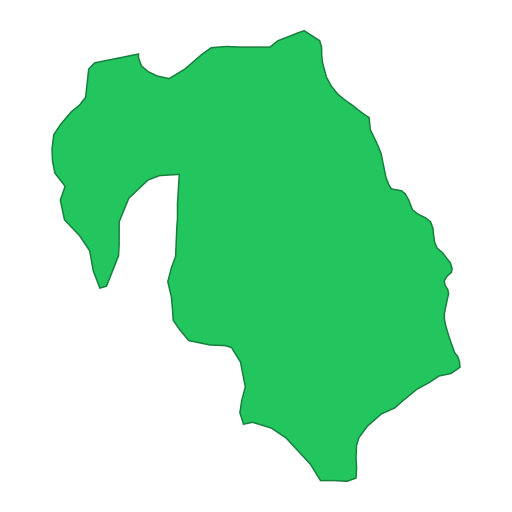 Samcheok-si, Gangwon, South Korea (Equal Earth projection)
{"feature_id": "91817680B11339106619066", "entity_name": "Samcheok-si", "entity_type": "district", "adm_level": 2, "iso_a3": "KOR", "parent_name": "South Korea", "parent_adm1": "Gangwon", "projection": "equal_earth", "projection_center": [129.14, 37.249], "detail": "fine", "context": "isolated", "style": "filled", "palette": "green", "viewbox_px": 512, "rotation_deg": 0, "n_neighbors": 0, "source": "geoboundaries", "source_scale": "gbopen_adm2", "svg_char_len": 1707}
<svg xmlns="http://www.w3.org/2000/svg" viewBox="0 0 512 512"><path d="M138.5,54.0L94.7,62.8L88.7,69.1L85.6,97.4L79.6,105.0L71.2,111.9L61.0,123.9L53.8,134.6L52.0,149.1L52.5,161.1L54.9,173.1L65.1,186.3L60.3,200.2L64.5,219.8L79.5,235.6L89.7,250.8L93.3,271.0L99.9,288.1L106.5,286.2L111.3,274.1L118.5,255.8L119.1,245.7L119.2,221.7L128.8,198.3L148.0,180.0L159.5,175.6L179.3,174.4L177.5,203.4L177.5,218.5L176.9,225.5L175.6,256.4L171.4,267.8L167.8,281.7L171.4,296.9L172.6,310.8L173.2,320.3L179.8,329.8L188.8,340.6L209.9,345.0L224.9,345.6L231.5,347.5L240.5,362.1L245.3,386.8L241.7,400.7L239.9,412.8L243.4,423.8L243.5,424.2L252.5,422.3L271.2,428.0L286.2,438.1L310.3,464.1L320.1,479.9L320.5,480.6L335.0,480.6L347.0,481.3L356.0,478.1L356.6,467.3L356.0,457.8L356.6,445.1L359.0,437.5L367.5,426.1L381.3,414.0L395.1,407.7L402.9,400.7L416.8,389.3L429.4,382.4L439.0,376.0L451.0,373.5L460.0,367.2L459.4,361.5L457.6,356.4L454.6,352.6L449.2,337.4L445.6,325.4L444.4,319.0L444.4,313.4L447.4,298.8L448.6,293.7L447.9,289.9L444.9,284.9L444.3,280.5L447.3,276.0L451.5,272.2L452.1,268.5L450.3,262.8L446.7,258.3L442.5,252.7L437.1,248.2L434.7,242.5L433.5,234.3L432.9,228.0L430.5,221.7L425.6,217.9L417.8,214.1L412.4,209.7L408.8,200.2L405.2,193.9L401.6,190.8L391.4,188.9L389.0,185.1L386.0,177.5L383.0,163.0L381.1,153.5L378.1,146.0L375.7,140.9L370.3,129.6L369.1,117.6L364.3,114.5L358.3,110.0L352.9,105.6L345.7,100.6L337.9,94.3L331.3,86.1L326.5,77.3L324.1,68.5L322.3,61.6L321.7,54.6L321.6,47.7L319.8,40.8L304.2,30.7L297.0,33.2L277.8,40.8L270.0,47.1L253.8,47.1L241.2,47.1L226.2,46.5L211.2,47.7L201.6,54.6L184.8,69.1L169.1,78.6L157.1,76.0L148.1,71.6L141.5,66.0L138.5,57.8L138.5,54.0Z" fill="#22c55e" stroke="#15803d" stroke-width="1.5"/></svg>